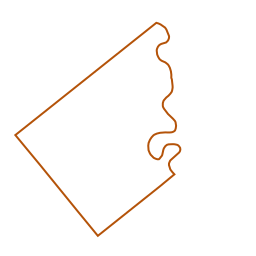 Buchanan, Missouri, United States of America, rotated 141°
{"feature_id": "52423323B327676514277", "entity_name": "Buchanan", "entity_type": "district", "adm_level": 2, "iso_a3": "USA", "parent_name": "United States of America", "parent_adm1": "Missouri", "projection": "natural_earth1", "projection_center": [-94.95, 39.676], "detail": "fine", "context": "isolated", "style": "outline", "palette": "amber", "viewbox_px": 256, "rotation_deg": 141, "n_neighbors": 0, "source": "geoboundaries", "source_scale": "gbopen_adm2", "svg_char_len": 1335}
<svg xmlns="http://www.w3.org/2000/svg" viewBox="0 0 256 256"><g transform="rotate(141 128 128)"><path d="M219.3,63.2L140.6,62.6L121.1,62.8L121.3,66.2L121.2,69.1L119.5,73.4L118.4,74.7L116.2,75.9L115.2,76.2L103.5,76.8L102.0,77.4L100.9,78.3L100.0,79.7L99.8,81.6L100.0,83.1L100.4,84.0L102.0,86.0L103.3,87.2L106.7,89.7L108.3,90.4L110.4,90.4L113.0,89.6L114.4,88.7L114.5,88.6L114.8,88.4L115.0,88.2L118.4,85.5L119.3,85.1L123.0,84.3L123.6,84.3L124.5,84.9L125.1,85.6L125.9,86.8L126.8,88.7L127.2,93.0L126.9,94.8L126.0,97.8L123.4,101.5L121.4,103.4L118.4,105.0L115.6,105.9L112.9,106.3L111.7,106.2L109.1,105.5L106.1,104.1L101.9,101.2L98.6,98.4L96.6,97.1L95.2,96.6L93.8,96.4L92.8,96.6L91.1,97.7L89.2,99.5L87.4,102.6L87.1,103.9L87.2,106.7L88.1,113.7L87.9,120.2L87.6,122.0L87.1,123.2L85.3,125.4L83.4,126.7L82.5,127.0L79.1,127.6L76.3,127.6L73.5,128.0L71.3,128.6L70.2,129.3L68.0,131.2L66.9,132.6L63.3,138.2L62.8,139.7L60.8,142.1L59.0,145.0L57.6,148.4L57.1,150.8L57.0,152.3L57.6,155.1L57.8,155.7L59.6,159.2L60.1,161.3L60.1,162.2L59.8,164.2L59.1,166.7L57.1,169.9L56.4,170.7L55.4,171.4L53.6,172.3L51.9,172.7L50.9,172.7L49.2,172.4L44.6,170.5L42.4,170.7L41.2,171.1L39.7,172.0L38.6,173.1L38.2,173.8L36.2,180.4L36.0,182.7L37.5,187.9L38.5,190.0L39.8,191.9L220.0,193.4L219.6,154.5L219.5,95.9L219.3,63.2Z" fill="none" stroke="#b45309" stroke-width="2"/></g></svg>